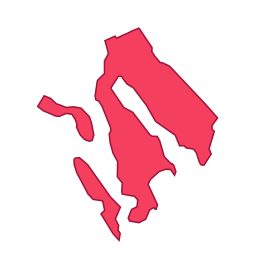 the district of Newport, Rhode Island, United States of America, rotated 322°
{"feature_id": "52423323B54307219453205", "entity_name": "Newport", "entity_type": "district", "adm_level": 2, "iso_a3": "USA", "parent_name": "United States of America", "parent_adm1": "Rhode Island", "projection": "mercator", "projection_center": [-71.264, 41.562], "detail": "fine", "context": "isolated", "style": "filled", "palette": "rose", "viewbox_px": 256, "rotation_deg": 322, "n_neighbors": 0, "source": "geoboundaries", "source_scale": "gbopen_adm2", "svg_char_len": 1924}
<svg xmlns="http://www.w3.org/2000/svg" viewBox="0 0 256 256"><g transform="rotate(322 128 128)"><path d="M163.6,45.0L158.5,57.2L154.8,58.9L150.7,60.7L143.0,70.6L136.5,71.3L133.2,71.7L130.8,73.9L121.8,82.5L120.0,85.8L120.5,87.0L121.5,89.1L120.9,95.0L114.5,116.9L112.8,119.7L112.7,119.7L109.5,121.1L105.6,127.5L104.4,129.5L100.6,139.0L99.2,148.0L95.1,153.1L89.5,159.9L89.6,167.7L86.2,171.7L83.8,174.4L82.8,176.6L91.1,185.8L91.4,190.6L86.6,195.6L80.6,194.4L72.7,199.1L72.0,202.4L78.4,209.4L85.7,210.8L94.6,205.9L99.4,206.6L99.4,208.9L100.1,209.4L104.0,206.7L109.1,184.8L114.3,182.3L114.8,182.3L125.7,181.5L132.3,183.7L136.0,187.0L135.6,193.9L138.9,191.8L141.1,185.5L140.8,183.2L140.0,183.0L138.9,173.0L142.9,163.1L145.1,157.6L145.9,152.6L142.1,149.5L141.1,147.1L141.4,118.6L137.3,109.3L137.7,103.4L138.9,86.0L145.8,83.6L152.3,81.4L154.6,83.2L154.5,85.5L154.4,86.7L154.3,92.7L156.9,99.6L156.5,121.3L153.8,139.8L160.8,162.8L157.7,173.9L161.4,176.6L161.5,179.4L166.6,184.9L166.7,189.3L163.1,199.2L162.9,201.8L164.0,203.3L165.0,204.1L177.6,199.7L179.1,194.3L194.0,183.7L193.5,180.7L195.8,177.8L204.8,175.2L203.7,157.1L198.9,105.7L198.7,104.6L195.5,98.2L193.8,96.4L193.6,94.7L193.3,88.3L193.8,82.6L196.5,79.3L196.5,79.2L197.0,71.6L197.1,69.9L198.1,57.0L198.0,56.0L197.0,55.7L196.7,55.7L190.9,54.0L186.4,53.1L182.0,52.0L174.3,50.2L174.3,49.9L174.4,47.7L171.5,46.9L166.0,45.6L164.3,45.2L163.6,45.0ZM51.2,201.9L51.8,211.0L56.9,206.3L57.4,202.2L60.6,199.1L62.0,192.0L73.3,185.7L71.7,171.9L73.6,132.1L71.5,121.5L67.9,119.2L66.0,119.7L63.1,123.7L60.1,131.8L55.9,155.4L56.5,162.7L63.1,169.7L59.0,178.4L53.8,179.1L51.2,201.9ZM70.1,55.4L71.9,62.4L78.3,73.9L80.8,76.5L88.1,78.4L92.2,82.5L91.8,88.3L90.2,93.4L87.9,95.8L86.1,104.0L86.7,110.4L89.3,114.5L92.1,115.8L96.8,112.4L102.3,101.6L104.5,95.3L103.3,83.6L98.2,77.8L91.9,73.7L88.6,68.0L86.5,64.9L85.2,57.0L81.8,51.0L70.1,55.4Z" fill="#f43f5e" stroke="#9f1239" stroke-width="1.5"/></g></svg>